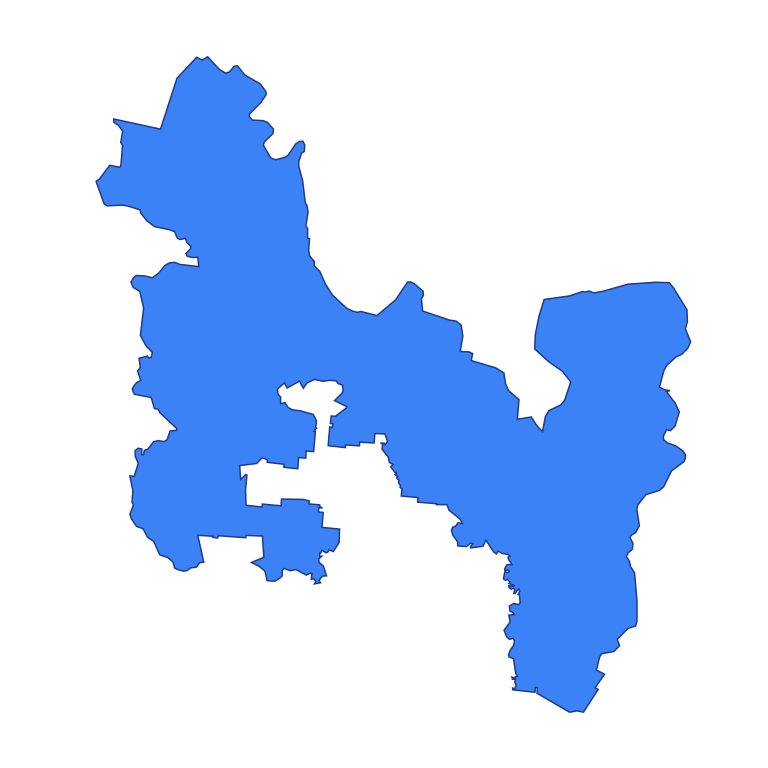 outline of Coxquihui, Veracruz, Mexico, rotated 96°
{"feature_id": "50627088B19179472142749", "entity_name": "Coxquihui", "entity_type": "district", "adm_level": 2, "iso_a3": "MEX", "parent_name": "Mexico", "parent_adm1": "Veracruz", "projection": "natural_earth1", "projection_center": [-97.543, 20.215], "detail": "fine", "context": "isolated", "style": "filled", "palette": "blue", "viewbox_px": 768, "rotation_deg": 96, "n_neighbors": 0, "source": "geoboundaries", "source_scale": "gbopen_adm2", "svg_char_len": 6138}
<svg xmlns="http://www.w3.org/2000/svg" viewBox="0 0 768 768"><g transform="rotate(96 384 384)"><path d="M151.8,680.2L154.6,675.1L159.8,670.4L171.5,671.0L173.7,669.0L193.3,668.5L196.1,669.2L195.2,679.6L209.8,688.4L212.7,691.5L234.0,681.2L235.8,678.0L233.5,663.4L233.7,657.9L236.4,644.5L239.4,643.9L246.3,637.1L251.4,628.9L253.0,613.2L254.4,608.1L260.4,604.9L261.6,602.1L260.0,596.6L264.3,594.6L267.1,590.5L269.8,590.6L274.9,594.7L277.5,593.0L278.2,587.8L277.5,582.4L286.6,580.5L286.4,599.6L284.9,604.8L286.0,610.1L289.0,614.3L297.0,619.5L302.6,625.4L301.5,633.1L302.0,641.8L304.9,644.6L309.2,646.3L314.2,643.5L317.4,636.6L333.5,631.0L361.1,631.4L371.1,624.5L376.9,617.6L382.2,618.5L382.6,620.8L381.0,622.1L384.0,630.3L393.0,628.1L396.9,630.4L405.8,626.3L408.8,630.4L411.8,632.3L415.1,633.8L418.1,632.6L420.3,631.1L421.8,614.1L432.4,609.8L432.7,606.0L435.8,604.1L450.1,585.3L451.8,585.6L453.0,591.8L462.2,593.9L464.3,596.9L463.9,602.7L465.5,607.1L473.5,612.0L475.0,615.4L479.4,615.8L479.8,617.6L473.9,618.1L473.6,622.0L476.5,624.6L481.8,623.9L488.7,620.1L501.9,622.8L502.0,627.2L516.2,622.6L528.0,622.3L530.3,620.5L540.0,623.1L544.2,621.3L551.3,615.4L553.2,608.4L561.2,603.1L564.6,596.5L577.3,589.2L579.4,580.4L583.2,575.2L589.0,572.9L590.2,569.4L591.1,564.0L590.1,560.3L587.2,557.2L585.7,551.5L580.9,548.6L580.1,544.6L553.9,553.4L553.3,538.1L554.4,538.3L554.6,533.4L552.2,532.8L551.3,505.3L549.0,505.4L547.9,489.0L568.9,485.4L575.4,497.2L578.2,489.5L582.4,482.9L591.8,479.7L591.6,471.9L586.9,466.2L585.2,465.2L579.7,465.7L577.9,463.7L579.5,458.0L577.8,452.3L582.2,441.2L579.9,438.0L580.0,435.9L585.9,435.9L584.9,433.8L586.5,432.0L587.8,431.1L590.0,432.3L588.3,426.3L586.0,428.1L581.5,425.1L580.8,421.1L571.4,425.2L568.2,430.0L564.7,430.4L561.8,428.0L562.2,430.0L558.7,430.3L558.8,429.3L555.9,428.4L557.9,424.0L557.0,422.3L554.7,421.4L555.9,416.9L546.4,412.1L532.9,413.0L533.1,430.7L518.1,431.0L518.1,435.8L513.8,435.9L513.9,432.2L512.3,435.3L510.9,435.3L511.1,446.1L508.1,446.1L507.2,451.9L509.1,473.9L515.9,473.7L516.1,492.5L519.1,492.4L519.0,508.5L504.1,510.6L489.0,510.8L488.4,512.1L493.9,516.6L480.2,519.0L476.4,502.4L470.1,497.4L471.5,492.0L474.1,492.0L474.3,475.0L477.3,474.9L477.3,460.9L466.1,461.2L465.9,454.0L458.8,454.5L458.6,446.9L438.1,447.3L438.2,448.8L435.2,447.0L434.9,445.8L434.8,447.4L427.7,447.3L421.6,451.2L419.4,464.5L419.2,472.4L417.4,477.0L412.8,480.4L414.4,484.7L407.8,485.5L405.1,488.4L400.2,489.4L393.3,483.2L398.1,479.9L389.9,468.3L396.7,463.8L391.1,460.7L386.7,453.6L387.7,444.8L386.1,439.0L385.8,432.1L388.5,429.3L389.6,425.0L394.9,424.0L397.5,424.8L405.7,431.5L410.4,418.6L411.4,418.6L421.2,429.0L421.3,433.2L428.8,433.2L428.8,430.8L429.9,430.8L432.6,430.9L432.4,433.5L451.2,433.1L451.3,415.8L448.6,415.9L448.1,401.9L444.4,402.1L443.7,387.7L434.2,387.9L433.6,377.8L440.8,374.6L444.2,376.4L442.8,377.7L443.2,380.7L444.3,379.1L449.1,379.1L456.4,372.0L461.4,370.5L463.2,366.6L465.6,368.7L471.0,363.6L470.6,362.6L471.9,362.2L472.8,363.7L474.8,360.5L476.1,361.6L478.0,359.2L480.8,359.2L483.5,356.9L485.3,357.2L486.2,355.2L493.6,355.1L493.4,338.4L498.0,338.2L497.5,319.3L498.5,319.3L497.4,308.8L502.6,306.2L510.7,293.9L514.6,291.5L514.3,295.9L518.1,298.1L518.9,300.4L522.2,301.7L527.0,299.9L533.3,294.3L537.3,293.7L537.0,284.9L533.1,281.2L533.5,278.9L536.6,281.0L538.0,280.7L535.0,268.6L528.7,266.3L539.7,257.2L541.2,254.4L538.3,253.1L540.2,248.7L540.6,242.5L542.2,240.6L543.1,242.4L544.9,242.1L550.2,237.9L550.9,242.9L555.3,244.7L557.2,244.2L556.0,241.7L556.9,239.8L558.1,239.9L558.7,244.3L565.3,244.8L566.5,242.8L565.5,240.7L567.5,238.4L569.4,238.9L570.7,233.4L571.7,234.0L571.6,238.8L573.4,238.4L574.8,236.0L573.5,233.9L574.9,232.5L578.8,233.0L578.6,231.7L573.8,228.9L575.7,227.2L579.2,228.6L579.2,227.4L587.3,225.7L589.3,226.9L588.7,232.1L591.7,236.1L596.7,235.0L597.8,231.8L599.7,230.2L600.8,235.7L607.6,233.7L616.3,238.9L622.6,235.5L624.8,232.6L623.5,229.0L625.4,227.5L630.0,227.6L636.3,231.0L641.1,231.8L642.5,231.1L643.5,226.5L657.9,222.8L660.6,220.7L661.8,223.2L663.3,222.7L662.2,226.1L664.0,225.5L664.3,222.3L666.7,222.8L670.1,221.1L673.4,222.1L672.9,224.3L674.7,224.0L674.8,201.7L670.0,201.7L669.9,199.8L675.6,199.5L691.0,165.2L688.9,157.7L689.5,151.3L665.4,139.1L664.0,142.3L649.6,134.3L646.2,142.8L633.3,141.1L629.5,139.4L626.0,127.5L619.7,122.3L613.6,125.4L601.5,115.8L598.4,108.5L593.5,107.6L572.8,109.8L545.5,115.1L540.0,119.6L534.4,121.5L530.2,124.9L526.2,123.4L522.2,119.7L516.6,119.7L510.8,123.4L508.6,122.4L505.6,118.3L498.3,115.2L482.1,119.5L477.8,119.0L466.6,111.9L461.1,99.2L457.0,95.1L440.4,89.0L429.7,77.4L425.9,76.5L422.8,76.9L419.3,79.8L415.1,87.3L413.0,95.8L410.2,100.1L406.6,100.7L400.0,98.2L400.4,94.2L395.3,90.1L380.9,87.4L372.6,92.4L362.1,102.4L360.7,98.9L360.4,104.3L358.4,109.7L341.7,107.1L335.9,104.8L326.4,96.2L323.3,90.9L316.6,85.6L310.0,83.4L297.8,90.0L290.2,88.8L278.6,90.4L258.2,106.1L253.4,111.0L254.5,124.8L259.2,151.8L268.9,175.9L271.5,184.8L270.1,189.7L271.6,193.9L271.2,195.9L277.0,208.7L283.2,233.6L300.9,237.0L319.3,238.7L333.5,237.7L344.6,222.5L352.8,207.8L362.4,198.5L381.4,202.7L386.5,206.2L393.2,217.1L399.5,220.1L414.7,221.4L409.9,227.3L401.4,234.1L405.2,247.7L385.4,248.1L377.6,259.4L371.2,263.1L360.5,265.9L356.3,274.5L351.6,299.7L344.5,299.0L343.2,302.7L343.7,311.6L328.2,310.6L317.3,313.4L313.9,318.8L313.6,325.5L307.4,353.2L295.2,355.7L291.6,354.1L287.7,354.8L281.2,364.2L279.7,368.4L280.1,371.2L298.8,381.1L316.7,398.1L314.3,414.6L315.5,418.1L314.9,422.5L312.4,429.3L301.0,444.5L290.6,452.8L278.9,459.5L273.8,465.7L269.5,466.0L264.4,471.5L258.2,473.0L247.4,473.2L246.9,475.2L237.3,476.2L235.2,478.2L221.0,477.5L214.2,479.4L212.2,481.2L190.4,486.1L176.7,491.4L171.8,492.1L163.1,490.1L161.0,487.5L154.6,487.8L151.1,490.0L151.5,493.3L154.5,497.0L166.3,503.1L169.0,506.3L172.3,515.3L171.1,520.1L159.1,529.0L155.8,528.3L146.5,520.6L142.1,520.6L135.8,527.5L134.7,532.2L135.3,542.5L132.3,545.7L129.7,546.2L117.0,535.9L108.4,531.4L105.5,532.1L98.5,538.3L91.4,554.5L82.8,563.1L83.7,566.2L89.9,570.4L91.4,574.2L88.4,580.5L77.0,593.6L80.9,598.6L78.6,604.4L101.5,621.8L153.9,632.9L148.7,680.5L151.8,680.2Z" fill="#3b82f6" stroke="#1e3a8a" stroke-width="1.5"/></g></svg>